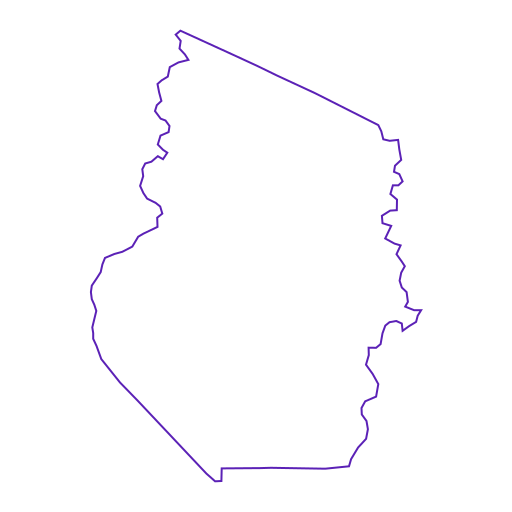 Tupãssi, Paraná, Brazil (Mercator projection)
{"feature_id": "56859067B37037005720228", "entity_name": "Tupãssi", "entity_type": "district", "adm_level": 2, "iso_a3": "BRA", "parent_name": "Brazil", "parent_adm1": "Paraná", "projection": "mercator", "projection_center": [-53.504, -24.635], "detail": "fine", "context": "isolated", "style": "outline", "palette": "violet", "viewbox_px": 512, "rotation_deg": 0, "n_neighbors": 0, "source": "geoboundaries", "source_scale": "gbopen_adm2", "svg_char_len": 1661}
<svg xmlns="http://www.w3.org/2000/svg" viewBox="0 0 512 512"><path d="M101.3,359.1L120.0,382.5L137.7,400.7L206.4,473.6L215.1,481.3L221.4,481.0L221.7,468.4L260.3,468.1L271.0,467.8L325.2,468.7L349.0,466.3L351.1,459.1L358.1,447.5L366.1,438.8L367.9,429.2L366.5,421.0L361.8,414.5L361.5,408.0L365.2,401.3L376.1,396.6L378.3,384.1L372.7,374.0L366.0,364.7L368.8,355.1L368.6,347.7L376.1,347.8L380.6,344.1L382.5,333.3L385.3,325.6L389.5,322.2L396.2,321.0L401.8,323.5L402.6,330.8L409.3,326.0L416.1,321.9L417.7,315.7L421.1,310.2L414.1,310.2L405.2,306.6L407.9,301.9L406.6,292.1L401.8,287.5L399.6,280.7L401.2,272.7L404.8,266.2L401.8,261.6L396.5,254.2L400.6,245.4L394.5,243.6L385.2,238.5L391.2,225.9L382.5,223.2L381.9,215.8L390.2,210.6L396.8,210.2L397.0,199.6L390.4,194.0L392.9,185.3L398.4,185.3L402.6,181.4L399.3,174.1L394.0,171.8L395.0,165.7L401.2,159.9L399.3,149.4L398.1,139.9L389.7,140.8L383.3,139.3L381.3,131.3L378.3,125.1L315.1,93.2L276.5,75.3L257.0,65.8L233.8,55.1L180.4,30.7L175.7,34.6L180.7,40.9L179.5,48.6L184.9,54.4L188.4,59.9L178.5,62.4L169.8,67.1L167.8,76.6L161.7,80.3L157.5,84.0L159.1,92.3L161.4,100.9L156.8,105.2L155.0,111.1L160.7,118.7L165.5,120.5L169.5,126.0L168.6,132.1L160.5,135.6L157.8,144.5L163.0,149.8L167.3,152.7L163.0,159.2L157.8,156.2L151.4,161.7L145.2,163.5L142.3,169.2L143.2,176.2L140.1,185.9L143.4,193.1L147.1,198.6L155.7,202.9L160.2,206.5L162.3,213.6L157.2,217.7L157.5,226.9L143.5,233.6L138.2,236.7L132.3,246.6L122.3,251.8L114.3,254.0L105.0,257.9L102.4,264.4L100.7,272.1L96.8,278.2L91.8,285.6L90.9,292.1L91.8,299.2L94.3,304.7L96.3,310.9L92.3,327.4L93.2,333.1L93.2,338.8L96.5,345.9L101.3,359.1Z" fill="none" stroke="#5b21b6" stroke-width="2"/></svg>